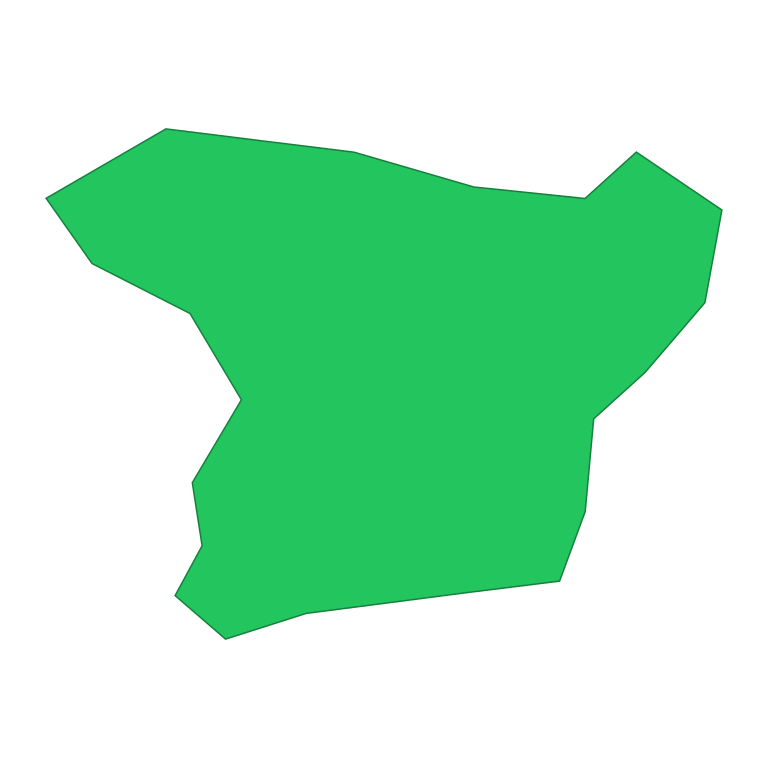 the District of Štimlje
{"feature_id": "KOS-5912", "entity_name": "Štimlje", "entity_type": "District", "adm_level": 1, "iso_a3": "XKX", "parent_name": "Kosovo", "parent_adm1": "", "projection": "albers", "projection_center": [20.998, 42.412], "detail": "fine", "context": "isolated", "style": "filled", "palette": "green", "viewbox_px": 768, "rotation_deg": 0, "n_neighbors": 0, "source": "natural_earth", "source_scale": "10m", "svg_char_len": 406}
<svg xmlns="http://www.w3.org/2000/svg" viewBox="0 0 768 768"><path d="M721.9,210.0L704.9,302.7L645.1,372.4L593.7,418.8L585.2,511.6L559.6,581.1L465.4,592.8L306.2,613.4L225.5,639.1L175.1,595.6L202.1,545.8L192.3,482.7L241.4,399.8L190.0,313.5L92.1,263.6L46.1,198.3L165.9,128.9L260.0,140.6L354.1,152.2L473.8,187.0L585.0,198.5L636.3,152.1L721.9,210.0Z" fill="#22c55e" stroke="#15803d" stroke-width="1.5"/></svg>